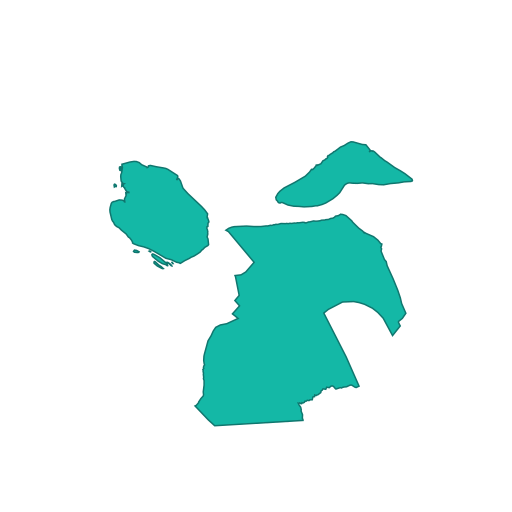 Bengkalis, Riau, Indonesia (Equal Earth projection), rotated 309°
{"feature_id": "22746128B45456061674897", "entity_name": "Bengkalis", "entity_type": "district", "adm_level": 2, "iso_a3": "IDN", "parent_name": "Indonesia", "parent_adm1": "Riau", "projection": "equal_earth", "projection_center": [102.003, 1.525], "detail": "fine", "context": "isolated", "style": "filled", "palette": "teal", "viewbox_px": 512, "rotation_deg": 309, "n_neighbors": 0, "source": "geoboundaries", "source_scale": "gbopen_adm2", "svg_char_len": 6149}
<svg xmlns="http://www.w3.org/2000/svg" viewBox="0 0 512 512"><g transform="rotate(309 256 256)"><path d="M344.5,346.3L344.1,345.1L345.0,340.8L345.0,335.2L342.8,327.2L342.5,325.2L342.1,325.3L342.5,323.2L342.3,318.3L343.1,309.9L343.6,308.3L344.0,300.5L342.8,297.2L341.9,295.9L341.9,295.6L339.2,294.6L337.0,292.7L335.5,292.6L333.7,291.9L332.2,290.4L330.1,289.4L328.1,287.3L327.2,286.8L325.2,284.5L323.6,283.5L321.9,281.9L320.7,280.6L319.5,278.7L316.3,276.3L315.5,275.4L313.1,274.0L312.6,273.3L312.8,273.1L312.4,272.2L311.6,271.1L308.7,268.4L308.0,267.4L306.4,266.1L305.9,265.2L303.6,263.1L302.8,261.8L301.4,260.7L300.6,259.3L299.8,258.7L297.0,255.0L294.3,253.1L293.0,251.4L291.7,250.6L291.6,250.2L290.2,249.4L289.3,248.6L289.0,247.9L286.7,246.2L285.8,245.0L282.0,241.3L277.6,235.9L273.3,229.8L265.2,220.7L263.3,219.1L260.4,217.4L257.1,216.4L257.6,219.3L249.9,258.5L237.1,258.1L231.9,256.2L227.6,252.0L227.0,253.1L214.8,267.7L208.1,267.6L206.9,274.6L196.2,274.1L196.2,281.4L185.0,275.9L180.0,271.7L175.2,269.6L170.8,270.0L165.8,271.3L159.9,272.1L147.4,277.6L145.4,278.6L141.9,281.1L139.7,283.5L139.0,284.6L137.9,284.6L136.4,285.2L135.7,286.2L134.4,286.1L133.8,287.0L132.7,287.8L132.1,288.8L130.8,289.6L128.8,291.7L127.5,292.4L126.6,294.0L123.0,296.9L117.2,300.5L115.1,302.6L113.9,303.1L110.6,302.9L106.5,303.3L105.8,303.7L102.4,303.6L101.1,303.0L98.6,322.2L98.1,330.7L157.8,396.0L158.6,395.2L159.0,394.2L161.9,392.1L163.9,388.6L165.0,387.9L166.6,385.9L167.3,383.3L168.2,381.5L168.5,382.1L169.4,382.4L169.4,383.6L169.9,384.4L171.0,384.0L171.3,385.0L172.8,385.7L173.7,385.3L175.0,386.5L176.1,386.6L177.0,388.2L178.1,388.4L179.7,390.2L182.0,389.0L182.5,389.0L183.5,390.0L184.9,389.1L185.3,390.5L186.2,390.7L187.0,391.4L190.6,392.3L192.0,391.5L193.5,391.9L195.0,391.7L196.3,394.1L198.5,393.5L199.8,395.8L201.8,396.1L203.0,396.9L203.4,398.3L202.8,401.5L203.0,401.9L206.7,404.3L207.3,405.6L208.3,405.9L209.6,406.9L211.4,408.7L214.5,410.2L215.5,411.0L215.9,411.7L216.3,415.3L216.8,416.6L219.7,418.0L234.3,389.6L254.3,344.6L260.0,345.8L274.7,352.2L282.1,360.6L284.7,365.5L286.8,370.8L288.7,379.4L288.8,386.2L287.7,394.0L280.1,412.2L292.4,412.1L293.9,408.8L294.5,408.1L295.0,408.0L299.6,409.0L305.8,408.5L310.7,399.1L314.3,394.5L318.6,387.7L324.5,377.0L331.0,364.0L333.6,360.7L334.1,358.0L338.5,350.1L340.6,349.1L341.4,347.4L342.3,347.4L344.5,346.3ZM243.0,94.1L242.7,94.5L242.3,94.5L241.2,96.0L240.6,96.1L238.8,97.7L236.1,99.2L234.2,99.8L232.7,100.8L229.6,103.8L229.1,104.7L229.1,105.2L228.5,107.4L229.0,108.0L228.0,107.8L226.5,109.2L226.2,110.5L226.4,110.9L226.0,111.2L225.1,113.5L225.3,113.9L224.7,114.9L225.6,117.1L225.2,117.3L224.6,116.0L224.1,115.6L223.2,116.0L223.1,115.1L221.2,117.0L217.5,117.9L215.5,120.0L215.3,119.7L215.7,118.8L215.6,118.0L215.1,116.7L213.5,114.4L209.4,111.8L208.9,111.2L207.3,110.4L205.9,110.4L202.0,112.1L200.0,113.3L198.3,114.9L193.7,120.8L192.9,122.4L192.5,124.2L191.4,126.4L191.2,129.0L191.8,131.9L191.4,134.9L191.4,141.3L190.4,144.9L190.6,146.3L190.0,149.1L189.1,151.3L188.4,151.9L188.5,153.1L190.1,158.1L192.5,163.1L194.2,167.9L195.5,173.9L197.5,187.4L199.8,192.4L201.1,198.1L202.5,200.8L202.5,201.7L202.8,201.9L207.7,203.6L212.4,205.8L214.1,206.3L216.8,207.8L220.5,209.1L223.8,210.1L226.9,210.2L227.4,210.5L230.6,210.8L233.7,212.0L235.0,212.0L239.0,208.0L240.1,205.9L241.3,205.5L241.8,205.0L242.7,204.8L243.7,203.7L244.5,203.3L245.9,201.6L246.4,200.5L247.9,199.5L248.7,200.0L251.3,198.0L252.3,198.1L253.2,197.6L254.9,194.8L254.9,194.2L255.3,194.2L255.6,193.4L258.3,191.9L259.5,187.3L260.2,182.5L261.6,163.9L262.6,157.5L262.9,156.3L266.8,150.0L267.5,147.6L267.3,146.5L265.7,146.6L265.6,146.3L268.3,145.4L269.0,144.7L269.1,144.1L267.9,133.1L267.3,130.8L266.0,128.3L262.7,122.5L259.9,116.9L258.4,115.7L257.4,116.3L256.2,115.8L256.5,115.4L255.0,109.7L255.1,106.4L254.1,103.5L252.7,101.6L249.7,98.9L243.0,94.1ZM318.2,233.7L314.1,234.4L312.4,236.4L312.3,237.8L311.7,239.4L311.7,240.2L312.3,241.4L313.4,241.8L314.2,243.0L315.7,248.7L318.4,253.9L321.6,258.2L324.4,262.4L329.7,268.3L332.7,270.9L333.5,272.0L337.7,275.0L341.2,276.9L348.9,279.7L354.3,280.8L357.9,281.2L366.8,280.2L369.3,280.9L370.8,281.8L371.8,282.8L373.4,285.3L376.2,289.0L379.8,292.7L382.8,297.7L385.6,301.0L388.7,306.4L391.7,310.4L396.8,314.8L402.5,320.7L406.8,324.4L411.5,329.6L412.1,329.7L412.5,330.2L413.1,330.1L413.9,328.9L413.7,319.9L413.1,314.7L412.0,308.1L411.5,298.8L411.1,296.1L411.1,291.2L410.9,290.8L411.5,283.0L411.4,281.2L411.1,280.5L410.6,280.5L410.5,279.6L409.6,278.9L408.1,278.6L410.1,278.1L411.6,271.4L409.5,268.3L405.8,259.7L404.5,257.9L401.5,256.4L397.3,255.0L393.8,253.1L387.2,251.5L385.9,250.8L384.5,250.7L381.7,249.7L380.2,249.5L379.4,248.8L378.2,249.0L377.7,249.7L376.4,249.7L375.3,249.1L373.9,249.0L372.2,248.1L368.5,248.4L365.7,246.9L365.4,246.3L365.0,246.5L364.5,245.6L363.8,245.9L360.6,245.9L359.0,245.7L358.8,245.2L358.6,245.4L357.9,244.6L355.0,244.8L349.1,244.1L337.6,239.8L326.6,235.0L321.3,233.8L318.2,233.7ZM193.2,192.5L193.6,192.3L194.0,191.0L194.2,182.6L193.2,176.2L192.7,174.5L192.2,174.2L191.4,174.3L190.7,175.4L190.5,176.0L190.4,183.2L191.1,188.0L192.5,191.4L192.6,193.2L192.9,193.4L193.2,192.5ZM187.9,191.9L188.1,188.9L187.8,186.1L188.1,181.3L187.8,180.5L187.2,180.5L186.3,181.2L186.2,181.8L186.1,185.6L187.0,190.2L187.5,191.6L187.9,191.9ZM184.1,157.8L182.5,157.9L182.4,159.1L184.0,161.6L185.0,162.6L185.7,162.5L185.2,159.7L184.1,157.8ZM223.1,102.3L223.0,101.0L222.5,100.8L221.8,101.0L220.5,102.5L221.2,102.7L222.0,103.7L222.8,103.2L223.1,102.3ZM238.8,96.7L239.1,95.4L239.3,95.0L239.7,94.7L240.1,94.7L239.8,94.2L239.2,94.0L238.2,94.6L237.0,96.1L237.0,96.7L238.1,97.0L238.8,96.7ZM195.5,196.5L195.8,194.4L195.5,191.4L195.0,190.8L194.8,191.3L195.3,193.6L195.1,196.3L195.3,196.8L195.5,196.5ZM238.9,96.7L239.5,96.7L240.3,96.0L240.5,95.3L240.2,94.8L239.2,95.2L238.9,96.7ZM193.2,172.1L192.9,170.1L192.5,169.9L192.6,171.1L193.2,172.1ZM226.2,109.0L227.9,107.3L227.9,106.9L226.6,107.9L226.2,109.0ZM197.9,196.3L198.3,194.9L198.2,194.1L197.7,196.1L197.9,196.3ZM226.7,107.5L227.3,107.1L227.4,106.6L226.1,107.5L226.7,107.5ZM237.4,98.3L237.9,98.1L238.8,97.6L237.8,97.6L237.4,98.3Z" fill="#14b8a6" stroke="#0f766e" stroke-width="1.5"/></g></svg>